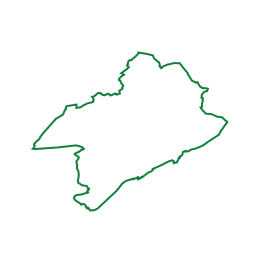 Valle nor, Aust-Agder, Norway (Natural Earth projection), rotated 344°
{"feature_id": "86288312B24572790615824", "entity_name": "Valle nor", "entity_type": "district", "adm_level": 2, "iso_a3": "NOR", "parent_name": "Norway", "parent_adm1": "Aust-Agder", "projection": "natural_earth1", "projection_center": [7.485, 59.169], "detail": "fine", "context": "isolated", "style": "outline", "palette": "green", "viewbox_px": 256, "rotation_deg": 344, "n_neighbors": 0, "source": "geoboundaries", "source_scale": "gbopen_adm2", "svg_char_len": 5396}
<svg xmlns="http://www.w3.org/2000/svg" viewBox="0 0 256 256"><g transform="rotate(344 128 128)"><path d="M195.7,80.1L190.3,78.3L183.2,78.0L179.0,78.4L176.6,79.6L176.4,79.6L176.4,79.4L176.7,78.7L176.4,78.3L176.2,78.1L175.9,77.9L175.6,77.9L175.5,77.7L175.3,77.2L175.6,76.8L175.9,76.4L176.0,73.5L175.4,73.2L174.3,71.3L174.0,71.0L172.7,68.9L172.2,68.2L172.1,67.4L172.0,65.5L171.9,65.0L166.5,62.0L159.6,58.7L158.9,58.3L158.5,59.3L154.0,61.8L150.7,63.1L150.0,63.9L148.3,63.1L146.2,64.7L145.7,65.8L145.7,66.5L144.2,67.6L144.6,68.1L145.6,69.7L143.1,71.1L141.2,71.6L140.7,72.0L138.9,72.7L136.7,73.5L137.0,73.7L138.8,75.7L138.5,75.8L136.3,76.4L133.6,77.8L133.3,78.2L132.7,78.7L132.5,79.4L132.7,79.9L132.9,80.0L133.1,80.2L133.7,80.4L133.8,83.2L134.2,83.9L134.9,84.9L134.9,85.6L134.9,86.4L133.7,87.2L133.5,88.7L132.6,89.0L131.3,89.3L130.9,89.6L129.9,89.9L129.8,91.5L129.7,91.8L129.6,92.6L129.2,92.5L128.3,92.7L127.5,92.7L126.7,92.9L126.5,92.7L126.3,92.5L125.9,92.5L125.7,92.3L125.5,91.9L125.5,91.4L125.4,91.3L125.2,91.3L124.0,91.6L123.3,91.5L123.0,91.7L120.2,91.9L119.9,91.7L119.6,91.3L119.2,90.5L119.2,90.3L119.1,90.0L118.9,89.8L118.4,89.5L116.5,89.8L115.8,89.7L115.6,89.8L115.3,90.0L115.1,89.9L114.7,90.0L114.1,90.0L113.1,89.4L113.1,89.2L112.8,89.1L112.5,88.9L112.5,88.6L112.1,88.2L111.7,87.8L111.2,87.5L111.1,87.1L111.1,86.9L110.5,86.8L110.2,86.7L109.8,86.3L109.4,86.2L108.7,86.3L107.7,86.6L106.6,87.2L105.7,87.5L104.9,87.9L104.5,88.1L104.2,88.1L103.7,88.4L102.9,88.3L102.1,88.1L102.2,88.7L102.5,89.4L102.9,91.1L102.2,91.9L102.1,92.6L102.0,93.1L99.7,93.4L99.3,93.3L98.0,93.3L96.1,93.2L95.0,93.3L94.1,93.4L92.9,93.8L92.1,93.7L91.5,93.9L90.7,94.1L90.1,94.4L89.5,94.6L88.4,94.8L88.1,95.0L83.9,94.5L84.9,91.3L75.3,90.1L75.0,90.3L74.3,90.8L74.2,90.9L74.1,91.1L73.8,91.3L73.5,91.8L73.6,92.1L73.8,92.3L73.6,92.6L73.2,93.0L72.7,93.2L72.4,93.3L69.3,97.1L67.7,97.6L60.8,99.4L60.8,99.6L60.6,99.7L54.6,103.5L45.1,109.6L40.7,112.8L40.6,113.1L40.2,113.7L39.6,114.2L34.6,116.7L33.1,117.7L33.0,118.2L33.2,118.7L33.4,119.5L33.0,120.3L30.8,121.7L33.2,122.7L54.1,127.1L56.5,127.6L60.0,128.1L60.3,128.1L60.5,128.2L73.3,130.4L78.1,133.3L79.9,135.8L79.7,135.9L79.3,136.2L78.5,136.4L77.6,136.1L76.6,136.2L76.4,136.4L76.3,136.6L75.4,137.1L74.8,137.1L73.8,137.5L73.4,137.6L72.0,137.5L70.2,138.1L69.5,138.4L69.8,139.1L72.5,142.2L72.6,142.7L72.5,143.2L72.1,143.6L69.0,146.2L68.9,147.1L69.1,149.2L68.2,151.5L67.8,153.2L68.4,155.8L67.7,159.7L66.1,163.4L65.6,164.3L65.1,165.7L65.0,166.2L65.1,166.5L65.2,166.9L65.2,167.2L66.3,168.2L67.8,170.2L69.9,171.3L71.8,172.1L72.4,172.6L72.7,173.5L72.7,174.4L72.8,174.7L73.0,174.8L73.4,175.0L73.5,175.1L73.9,175.8L73.8,176.0L73.7,176.3L73.3,176.5L72.2,176.6L71.9,176.7L71.8,177.0L71.5,177.7L71.5,178.0L72.0,178.8L71.8,179.1L71.6,179.1L71.3,179.2L70.3,178.7L69.2,179.0L65.5,179.1L63.3,178.8L62.2,178.6L61.7,178.4L61.1,178.4L59.9,178.4L58.7,178.5L58.2,178.7L57.8,179.1L57.0,179.8L56.8,180.6L56.9,181.2L57.2,182.1L57.5,183.1L61.2,187.3L61.3,187.5L61.6,188.6L61.8,188.8L62.1,188.9L62.3,188.8L62.5,188.5L63.3,188.6L63.9,188.6L64.3,188.7L65.4,189.8L65.6,190.1L65.8,190.6L65.9,190.9L66.0,191.2L65.7,191.6L65.7,191.9L65.8,192.3L66.0,192.7L66.1,193.0L66.2,193.5L67.2,193.2L67.5,193.6L68.0,194.1L68.0,194.3L67.7,194.4L67.6,194.5L67.6,194.9L68.0,195.0L68.1,195.3L68.5,195.4L68.9,196.5L69.0,196.6L69.0,196.8L69.1,197.0L69.4,197.0L70.3,197.0L70.5,197.2L72.9,197.7L76.5,197.1L99.2,185.5L102.8,183.1L106.9,180.0L110.9,178.4L118.9,178.1L119.0,178.8L119.9,178.6L120.6,178.5L121.4,178.3L122.5,178.4L124.0,177.9L124.1,178.0L123.9,178.2L124.1,178.2L124.1,178.4L124.3,178.5L124.2,178.7L124.4,178.6L124.5,178.7L124.6,178.9L124.4,179.0L124.2,178.8L123.8,179.1L123.7,179.3L123.6,179.5L123.5,179.9L124.0,179.8L124.5,179.5L124.9,179.6L125.0,179.7L125.0,179.9L125.8,179.7L126.0,179.6L126.7,179.7L127.1,179.4L127.3,179.1L127.4,178.8L127.6,178.7L128.0,178.7L128.1,178.8L128.0,179.0L128.3,179.1L128.6,179.1L128.8,179.0L134.5,176.6L135.2,176.4L136.4,176.4L136.8,176.3L137.1,176.4L137.4,176.3L137.7,176.2L138.1,176.1L138.5,176.0L139.2,175.9L139.6,175.7L139.8,175.2L140.0,175.1L140.3,174.8L140.6,174.8L140.6,174.1L141.2,174.2L141.9,174.2L142.1,174.1L142.2,173.9L145.8,173.5L150.4,172.8L153.1,172.2L158.8,171.2L159.9,171.3L161.5,171.2L161.9,171.7L163.0,172.7L163.0,172.8L162.4,173.3L162.4,173.5L162.6,173.7L162.8,174.1L162.6,174.4L165.4,174.6L166.7,173.1L167.8,172.1L168.5,170.8L168.8,171.0L169.5,171.1L170.0,169.6L172.5,169.1L174.3,166.1L177.1,165.9L177.1,166.7L178.5,166.6L179.3,167.1L181.5,166.5L182.8,166.1L187.0,166.4L193.1,165.8L195.7,165.3L201.3,163.3L206.2,161.7L213.4,159.6L215.7,157.1L225.2,149.5L223.6,147.5L221.5,143.7L216.7,141.6L215.3,140.4L213.0,138.3L209.9,136.8L206.6,135.6L206.2,134.4L204.6,131.6L203.8,129.7L203.5,128.5L203.8,128.6L204.2,128.6L204.3,128.4L204.5,128.3L204.4,128.2L204.6,128.0L204.7,127.7L204.8,127.5L205.1,127.4L205.8,124.9L206.9,123.5L207.6,121.9L207.4,121.2L207.8,120.5L208.2,120.2L208.0,119.8L207.8,119.8L207.7,119.6L207.0,119.2L206.9,119.0L207.8,117.6L207.8,116.9L208.2,116.2L209.1,115.7L210.2,114.7L211.4,114.2L214.2,114.3L215.5,112.5L215.6,112.3L214.9,111.8L213.9,111.3L212.6,110.8L211.9,110.7L211.1,110.3L210.2,109.9L210.0,109.3L209.4,108.8L208.7,108.0L207.9,105.5L207.5,103.8L207.6,103.4L207.5,103.2L207.2,103.0L206.8,103.0L206.2,103.1L205.5,103.0L205.4,102.8L205.6,102.8L202.5,100.1L200.5,93.0L200.3,91.2L198.0,86.2L195.7,80.1Z" fill="none" stroke="#15803d" stroke-width="2"/></g></svg>